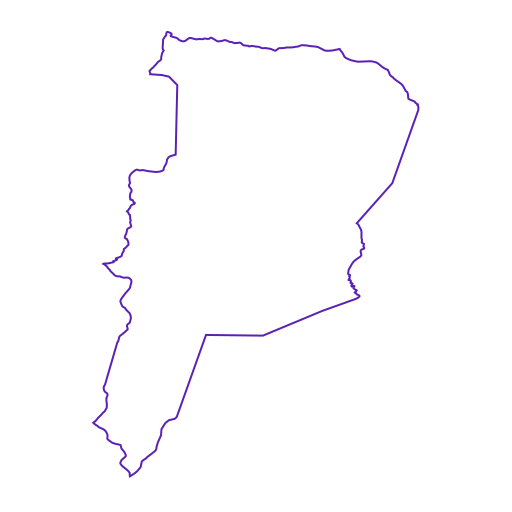 outline of Yorito, Yoro, Honduras, rotated 91°
{"feature_id": "27666195B19722524554409", "entity_name": "Yorito", "entity_type": "district", "adm_level": 2, "iso_a3": "HND", "parent_name": "Honduras", "parent_adm1": "Yoro", "projection": "equal_earth", "projection_center": [-87.306, 15.078], "detail": "fine", "context": "isolated", "style": "outline", "palette": "violet", "viewbox_px": 512, "rotation_deg": 91, "n_neighbors": 0, "source": "geoboundaries", "source_scale": "gbopen_adm2", "svg_char_len": 5978}
<svg xmlns="http://www.w3.org/2000/svg" viewBox="0 0 512 512"><g transform="rotate(91 256 256)"><path d="M478.5,378.2L476.0,374.4L474.2,372.1L473.3,371.1L470.4,368.8L469.7,368.0L469.3,367.8L468.1,367.5L463.9,366.7L463.0,366.2L461.4,364.2L460.1,362.2L459.4,361.7L458.9,361.2L453.1,353.9L452.0,352.9L450.9,352.4L448.2,352.0L444.2,350.9L436.8,347.8L430.8,347.5L424.9,343.9L423.8,342.8L421.6,340.0L420.3,334.6L419.1,333.2L418.2,332.4L335.8,304.6L335.5,247.7L309.7,188.7L297.0,155.1L295.2,152.3L294.8,151.9L294.2,151.8L293.7,152.1L293.2,152.9L292.7,154.4L292.3,154.9L291.7,155.0L291.3,155.9L290.8,156.6L288.9,154.8L288.6,154.7L288.3,154.9L288.1,155.8L287.5,156.8L286.4,158.0L286.0,158.0L284.7,157.1L284.4,157.1L284.2,157.7L284.8,159.7L284.4,160.1L283.7,160.1L282.1,159.0L281.2,160.0L281.1,160.4L281.3,160.8L281.2,161.0L280.9,161.0L279.7,160.7L279.1,160.8L278.7,161.1L278.5,161.3L278.5,162.8L278.4,163.0L277.8,162.9L276.3,161.9L275.6,162.0L274.9,162.4L274.7,162.4L273.9,161.6L273.5,161.7L273.2,162.0L273.0,162.9L272.7,163.3L271.7,163.6L268.2,163.1L262.2,159.9L260.3,158.6L258.9,157.2L257.1,155.0L254.9,151.8L254.3,151.3L253.5,150.8L252.7,150.7L250.0,151.4L249.2,151.5L248.6,151.3L247.8,150.7L246.9,148.4L246.6,148.0L246.3,147.9L245.6,148.1L244.7,148.8L242.1,148.3L240.7,150.5L238.1,150.3L235.9,150.9L231.0,150.9L228.6,151.2L227.0,151.9L225.0,153.1L223.3,153.9L222.3,154.8L221.5,155.8L180.8,121.0L107.3,96.3L104.7,96.2L103.1,96.5L102.2,97.3L101.6,96.9L100.0,99.3L98.9,99.9L96.8,105.2L96.2,106.3L95.5,106.5L91.8,106.9L90.2,107.3L89.2,108.0L88.5,109.1L83.1,112.2L82.3,112.9L81.2,114.1L77.6,119.4L76.0,121.4L74.7,122.6L74.0,123.8L73.2,124.7L72.5,125.3L70.4,126.1L67.5,127.5L67.1,128.9L65.8,131.5L64.4,133.6L61.6,137.0L60.5,138.8L59.7,141.8L59.4,143.4L59.3,145.7L59.9,156.2L59.9,157.8L59.5,160.3L58.7,164.0L57.6,167.0L56.4,169.5L55.4,170.9L51.4,173.1L48.7,175.3L47.7,175.8L47.5,176.2L47.5,176.6L48.0,177.5L48.4,179.9L49.1,182.7L49.5,186.5L49.5,190.0L49.2,191.2L46.2,197.2L45.9,198.1L45.5,200.6L45.3,204.4L44.6,209.3L44.4,213.8L45.0,215.8L45.8,217.4L46.2,220.4L46.6,222.2L46.8,223.8L47.0,229.2L47.6,232.0L47.8,236.5L48.3,237.4L50.1,239.6L50.4,240.5L49.9,242.0L48.8,244.6L48.4,246.3L48.3,247.9L47.9,249.4L47.9,250.3L48.1,251.8L48.1,253.0L47.9,254.2L47.1,256.0L46.7,257.7L46.6,260.0L46.0,263.4L46.0,264.0L46.5,265.7L46.5,266.7L46.4,267.0L46.1,267.2L46.0,267.5L45.6,271.8L45.2,272.8L43.7,274.4L43.2,275.2L43.0,275.8L42.9,276.6L43.3,277.7L43.3,279.2L43.6,281.0L43.1,282.5L42.5,284.0L42.5,285.3L42.3,286.2L41.0,289.3L40.7,290.6L40.8,291.5L41.7,294.5L42.0,296.9L42.0,298.3L41.6,299.2L40.6,300.6L38.8,303.9L38.5,304.8L38.8,305.7L39.5,306.5L39.8,307.4L39.8,308.4L39.5,310.1L39.5,311.3L39.6,311.8L40.0,312.5L40.1,313.3L40.1,317.8L40.5,318.9L40.1,321.2L39.3,324.5L39.1,326.3L39.3,326.7L42.2,330.6L42.6,331.9L42.6,333.2L42.2,334.7L41.5,336.3L41.0,337.1L39.9,338.2L39.2,339.6L38.3,343.1L37.8,344.8L37.6,345.1L37.2,345.2L36.6,344.6L36.1,344.4L35.6,344.2L35.1,344.4L34.1,346.2L33.5,348.2L33.6,348.8L34.0,349.2L34.8,349.5L36.8,349.7L37.4,350.1L38.1,350.8L39.5,351.6L40.6,352.4L41.8,352.7L43.4,352.7L49.6,353.0L51.0,352.7L52.1,351.9L54.2,353.1L55.3,353.5L58.7,354.2L61.1,354.3L61.9,354.9L63.7,357.4L66.2,359.3L68.0,361.1L69.3,362.1L70.1,363.2L71.4,364.3L72.6,365.6L73.2,365.6L75.0,364.9L76.1,365.0L76.7,353.4L78.2,346.1L86.5,337.7L156.1,338.1L156.4,339.4L157.8,343.6L158.4,344.6L159.0,345.3L161.1,346.6L164.4,347.1L166.1,347.9L168.4,349.2L170.1,349.8L171.4,349.9L171.8,350.2L172.4,351.1L173.2,353.4L173.8,357.1L173.0,365.6L172.1,370.2L172.1,370.8L172.3,372.3L172.4,374.0L172.3,374.8L171.8,375.8L171.8,376.9L172.2,377.9L173.2,379.3L175.2,381.7L176.9,383.0L178.4,383.7L180.4,384.0L183.2,383.7L185.2,383.2L187.2,384.2L188.0,384.3L189.3,383.7L191.3,381.9L192.8,381.5L194.2,381.8L195.4,382.7L195.8,382.8L198.0,383.1L199.7,383.1L200.1,383.0L200.9,382.5L201.7,382.6L202.3,380.6L202.5,380.1L202.8,379.9L204.7,379.2L204.9,378.2L205.2,378.1L205.9,378.4L207.1,381.0L207.9,382.0L210.4,383.0L211.1,383.8L212.0,384.1L213.5,385.8L214.9,384.4L215.8,384.1L216.8,383.5L217.2,382.8L217.4,382.6L220.8,382.5L222.3,381.9L223.0,382.0L224.0,382.4L224.8,382.4L228.2,381.3L228.6,381.4L229.2,381.8L230.7,384.5L231.4,385.2L235.4,386.0L239.2,387.5L239.9,387.5L240.4,387.2L240.8,386.7L241.2,385.5L241.7,385.1L244.5,383.9L246.9,383.7L247.5,384.1L248.1,385.0L249.5,385.9L250.5,387.1L251.3,388.2L253.6,388.4L255.2,389.5L256.5,390.0L257.7,390.2L258.5,390.6L259.2,391.8L260.0,393.6L260.4,395.2L260.9,396.0L261.2,396.1L261.5,395.9L261.7,395.6L261.7,395.2L261.9,395.0L262.1,395.0L262.4,395.2L263.2,397.1L263.6,398.6L263.8,398.6L264.0,398.3L264.3,398.1L264.5,398.1L264.7,398.4L266.0,403.9L266.2,407.7L266.4,408.5L266.5,408.6L266.9,407.6L268.7,405.3L271.2,403.3L272.4,401.9L273.7,401.3L275.1,399.6L277.2,397.5L278.2,396.2L278.5,395.4L278.8,394.1L278.7,391.8L279.5,389.9L280.0,388.0L279.8,384.9L279.9,383.5L280.2,382.6L280.8,381.7L281.7,380.8L282.4,380.4L283.2,380.1L284.1,380.1L290.0,381.5L291.3,382.3L295.9,386.2L299.5,388.8L302.0,390.4L303.6,390.8L304.9,390.5L308.5,388.9L309.4,387.7L310.2,386.0L311.8,385.1L315.5,381.3L318.3,380.2L320.4,380.0L324.7,381.0L325.6,381.9L326.6,383.2L327.5,383.7L328.3,383.8L330.4,383.2L331.4,383.0L331.7,383.1L335.4,387.0L338.2,390.5L339.1,391.2L343.4,392.2L343.9,392.4L344.5,393.0L345.0,393.2L387.2,404.7L388.5,405.5L389.9,406.0L391.8,405.9L393.1,405.5L394.8,404.2L395.9,402.5L397.0,402.0L398.0,402.1L400.5,403.0L401.2,403.1L404.7,402.9L406.5,402.5L410.4,402.6L414.1,404.7L415.3,406.2L417.3,407.8L420.4,410.9L422.4,412.4L424.3,414.1L425.6,415.8L427.4,413.7L428.6,411.6L430.0,410.0L431.9,405.5L432.5,404.6L433.4,403.6L434.8,402.6L436.6,401.7L438.0,401.3L441.1,401.5L441.7,401.2L442.4,400.5L444.9,397.0L445.5,395.8L446.2,393.4L447.0,389.4L447.3,388.4L447.6,388.0L450.8,387.2L454.3,384.2L456.8,382.9L457.9,382.7L458.5,382.8L459.0,383.2L462.3,386.8L464.8,388.0L465.8,388.0L466.7,387.5L468.2,386.2L472.6,380.6L474.5,378.9L475.2,378.5L477.8,378.4L478.5,378.2Z" fill="none" stroke="#5b21b6" stroke-width="2"/></g></svg>